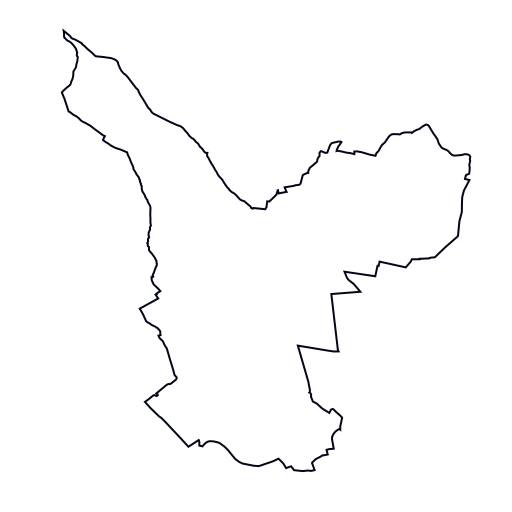 Orastie, Hunedoara, Romania, rotated 184°
{"feature_id": "2599482B74891814729027", "entity_name": "Orastie", "entity_type": "district", "adm_level": 2, "iso_a3": "ROU", "parent_name": "Romania", "parent_adm1": "Hunedoara", "projection": "equal_earth", "projection_center": [23.219, 45.843], "detail": "fine", "context": "isolated", "style": "outline", "palette": "ink", "viewbox_px": 512, "rotation_deg": 184, "n_neighbors": 0, "source": "geoboundaries", "source_scale": "gbopen_adm2", "svg_char_len": 6053}
<svg xmlns="http://www.w3.org/2000/svg" viewBox="0 0 512 512"><g transform="rotate(184 256 256)"><path d="M95.0,399.0L95.8,398.9L98.9,396.8L102.1,394.0L104.6,393.0L107.3,391.3L109.1,389.6L109.8,390.1L115.0,389.8L117.5,389.3L119.6,388.4L120.4,387.6L121.2,387.3L122.9,387.4L126.9,387.2L129.2,386.8L130.4,385.8L131.8,384.4L132.3,383.6L135.2,378.5L138.1,375.5L139.2,373.4L141.3,368.9L142.6,367.6L143.1,366.8L143.5,365.6L143.8,364.3L149.3,365.0L157.9,366.9L162.3,367.4L165.2,367.1L165.0,364.5L169.7,365.3L172.9,365.4L177.6,366.2L182.1,366.7L182.9,366.4L182.8,367.5L181.6,370.9L180.4,372.6L178.7,375.6L179.7,376.1L182.3,375.8L188.0,374.0L188.8,373.4L189.9,371.6L192.1,364.1L194.0,363.7L198.5,365.2L199.2,364.4L199.9,363.1L199.6,361.3L199.7,359.9L200.5,359.0L201.5,356.6L201.6,354.6L202.9,353.0L204.7,351.4L205.6,350.3L207.0,349.2L208.7,347.4L208.8,346.6L209.5,345.2L209.8,344.0L209.7,342.5L210.4,342.4L211.3,342.1L214.4,340.4L214.9,339.8L215.1,339.3L216.6,331.3L217.4,330.4L218.1,330.0L222.1,329.2L222.8,328.7L232.2,326.5L231.8,325.4L231.3,324.7L230.3,322.5L230.0,322.1L237.8,320.0L238.7,323.2L239.0,323.1L239.1,321.9L239.9,318.9L241.0,317.3L246.5,311.3L248.6,311.3L249.0,305.1L249.5,304.5L250.0,303.3L262.1,303.7L262.5,303.0L263.9,303.3L264.7,304.7L265.2,305.1L271.5,309.8L274.5,310.6L276.0,311.4L280.5,315.7L282.1,316.9L284.5,318.0L286.9,319.8L288.6,321.8L289.7,322.7L293.1,327.0L295.0,329.8L298.5,333.0L300.1,335.1L300.7,336.4L302.5,338.7L305.4,343.2L306.6,344.6L310.5,350.8L311.7,352.3L311.9,353.8L311.7,355.5L313.2,355.4L314.1,355.7L315.8,357.5L316.4,358.5L319.2,361.0L319.5,361.0L321.1,363.4L321.8,364.2L323.7,365.5L325.9,367.8L326.8,368.5L328.4,369.2L331.2,371.5L332.8,373.6L335.1,375.7L337.6,378.4L339.5,379.7L341.0,380.4L343.7,381.0L352.0,384.1L367.9,390.7L369.1,391.4L370.4,392.6L371.8,394.6L372.6,395.4L373.7,396.1L379.2,404.0L382.5,408.4L383.7,410.3L384.6,411.8L384.8,412.7L385.4,413.6L387.4,415.2L396.7,425.8L399.2,428.0L400.7,428.8L403.3,431.5L404.6,433.5L406.6,437.3L407.4,439.8L408.9,441.3L410.4,442.1L414.2,443.3L423.3,443.9L428.5,444.0L430.1,444.2L434.2,447.6L438.6,450.8L442.4,454.0L444.2,455.1L444.4,455.8L446.1,456.8L451.8,459.4L454.4,460.1L455.4,460.7L456.9,462.5L463.6,467.3L462.9,463.9L462.9,462.6L462.7,461.1L462.4,460.5L461.4,459.8L460.5,458.8L459.2,457.8L457.3,457.0L455.4,455.9L452.8,453.5L450.5,450.7L450.0,450.0L449.5,448.6L448.6,446.7L448.5,446.4L448.7,445.5L448.8,444.1L448.6,443.2L447.8,442.4L447.7,441.7L447.8,438.1L448.5,435.0L448.7,432.1L449.3,430.6L451.0,427.4L450.9,423.0L451.4,419.9L452.5,416.8L452.9,414.7L453.6,413.4L456.7,410.6L459.3,407.9L461.0,405.8L461.0,405.3L458.1,399.6L453.0,387.1L451.5,386.5L448.9,384.7L447.6,383.9L444.9,382.8L442.4,381.1L440.1,379.0L439.1,378.3L435.2,376.7L430.2,374.3L426.4,371.7L416.9,365.7L415.1,365.0L416.3,362.4L416.7,361.0L413.6,359.0L412.0,358.3L407.9,355.8L403.7,354.0L398.4,352.7L391.8,350.4L391.0,348.1L388.9,344.6L387.1,340.6L385.9,338.6L384.6,335.9L384.3,334.2L381.4,330.2L381.0,329.2L378.3,326.2L377.9,324.7L377.1,323.8L377.1,322.3L376.7,321.9L376.4,320.9L375.9,320.4L375.8,319.1L375.0,317.9L374.8,317.2L374.7,315.2L374.3,313.7L373.5,312.0L372.0,310.1L370.9,308.3L370.4,306.8L369.8,306.4L369.3,305.2L368.4,304.5L367.8,302.7L365.1,298.5L364.6,296.7L364.4,290.3L363.8,284.8L363.7,282.2L363.0,279.1L363.3,278.1L363.8,277.2L363.8,276.7L363.5,275.0L364.7,271.8L364.6,269.0L364.0,267.6L363.9,267.0L364.8,265.9L365.0,265.3L364.7,263.3L364.8,262.6L365.3,261.5L365.3,261.1L364.8,260.8L364.7,258.8L364.6,258.4L363.5,257.7L363.1,254.3L362.7,253.7L359.6,250.6L356.9,247.3L355.1,244.3L354.4,241.3L354.3,240.2L354.5,239.1L355.0,238.4L356.8,232.2L357.8,229.3L357.1,228.3L358.0,227.4L358.7,227.5L358.5,225.3L358.1,224.1L356.0,220.4L351.2,216.5L349.0,214.3L352.5,211.7L352.3,211.2L353.5,210.5L350.6,206.8L368.3,195.4L364.6,189.9L361.2,183.6L360.3,182.7L356.4,180.8L356.0,180.3L353.5,179.2L351.5,178.5L350.4,177.7L349.5,177.5L346.6,174.7L346.2,173.8L346.0,171.4L345.7,170.4L346.6,170.0L347.7,169.8L347.4,168.9L346.5,167.5L345.5,166.5L344.0,165.4L342.7,164.1L341.4,161.5L340.2,159.7L338.7,157.8L337.9,155.9L334.7,147.1L330.9,137.3L328.9,131.5L326.8,129.6L326.6,128.9L326.8,128.0L327.2,127.1L330.7,123.9L332.6,122.3L334.5,122.1L335.3,121.8L336.9,120.5L345.8,112.0L344.7,111.2L344.3,110.6L344.3,110.2L345.1,109.5L345.6,109.4L347.7,110.2L348.2,110.0L349.2,109.3L352.7,106.0L356.6,102.7L350.7,97.0L341.2,89.0L339.3,88.0L334.4,83.7L319.6,70.0L310.1,61.0L300.3,68.4L299.9,67.7L299.5,65.9L299.3,62.9L296.0,62.4L295.3,63.6L293.5,65.7L292.3,66.7L290.9,67.5L289.4,68.0L287.3,68.1L285.2,68.1L281.6,67.5L279.3,66.9L274.1,63.6L270.7,60.7L262.5,52.0L258.2,49.3L254.7,48.0L243.5,46.6L238.5,46.6L224.9,52.3L219.4,55.4L214.2,50.9L211.2,46.5L206.4,48.7L203.1,45.0L194.2,44.7L189.3,45.6L185.9,45.5L183.5,46.2L182.6,46.6L185.6,53.2L185.6,53.8L182.3,57.5L178.0,60.1L175.5,61.9L174.3,61.9L170.6,63.0L172.1,67.6L169.8,68.4L165.0,69.2L167.4,78.5L167.5,80.6L166.5,83.4L165.3,85.4L163.8,87.1L161.7,88.7L160.8,89.2L159.8,88.6L160.1,91.6L158.8,100.7L160.7,102.6L165.5,106.2L167.9,108.4L168.8,108.8L170.4,108.0L171.9,104.6L179.5,108.6L185.0,113.0L189.1,114.8L191.3,119.3L191.3,121.6L192.1,122.9L193.2,123.5L192.9,123.8L192.8,126.0L194.1,130.5L194.9,133.9L208.0,169.5L174.0,166.3L171.1,166.2L167.0,166.6L167.7,167.6L178.2,223.3L149.4,227.6L156.4,234.8L161.6,238.3L162.6,239.2L163.9,240.9L166.6,246.5L135.6,244.1L134.1,254.7L133.0,254.6L132.3,259.0L105.8,255.1L101.3,261.1L100.3,263.6L92.3,264.2L91.8,264.4L92.0,264.7L83.0,265.7L82.5,266.2L81.1,266.6L77.5,267.2L67.9,277.8L56.2,289.6L55.9,290.4L55.5,305.1L53.8,313.7L53.8,316.3L54.2,322.3L54.4,328.8L54.0,331.5L53.1,335.9L48.4,346.7L52.9,347.4L52.3,350.9L51.8,351.6L49.4,352.7L49.2,353.0L49.0,353.6L48.9,358.6L49.6,362.0L49.0,365.4L49.1,366.4L49.4,367.2L49.2,369.2L49.2,369.9L49.8,371.0L50.8,371.7L52.6,372.2L55.1,372.1L56.8,371.4L60.0,370.7L65.1,370.0L66.0,370.1L67.3,370.4L69.8,372.3L71.1,373.8L71.9,374.3L73.4,375.1L77.6,376.5L78.8,377.5L81.5,381.0L83.2,385.1L85.2,387.8L87.7,390.7L92.8,398.0L93.5,398.5L95.0,399.0Z" fill="none" stroke="#020617" stroke-width="2"/></g></svg>